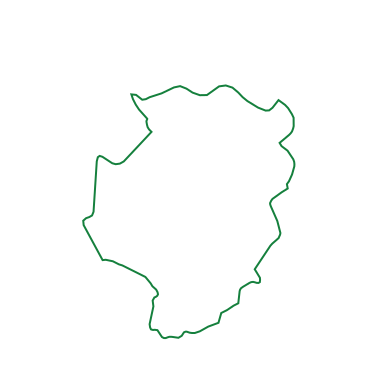 map outline of Nord-Ouest (Albers equal-area conic projection), rotated 314°
{"feature_id": "CMR-1477", "entity_name": "Nord-Ouest", "entity_type": "Province", "adm_level": 1, "iso_a3": "CMR", "parent_name": "Cameroon", "parent_adm1": "", "projection": "albers", "projection_center": [10.325, 6.427], "detail": "fine", "context": "isolated", "style": "outline", "palette": "green", "viewbox_px": 384, "rotation_deg": 314, "n_neighbors": 0, "source": "natural_earth", "source_scale": "10m", "svg_char_len": 1806}
<svg xmlns="http://www.w3.org/2000/svg" viewBox="0 0 384 384"><g transform="rotate(314 192 192)"><path d="M80.9,175.0L92.9,137.1L95.8,133.7L99.6,134.0L102.6,135.5L105.7,136.4L109.4,134.9L147.9,102.2L151.6,100.1L153.8,100.5L155.1,103.1L157.3,114.7L159.0,117.8L162.3,120.4L166.6,121.7L207.1,121.1L207.2,117.6L207.8,115.1L209.1,112.9L211.0,110.3L212.0,109.6L212.9,109.4L213.6,108.9L214.5,96.7L215.8,90.8L217.8,85.0L220.1,80.6L223.0,84.3L223.8,92.1L226.7,94.3L230.8,95.7L241.8,101.6L254.7,106.4L259.9,109.9L262.5,116.2L263.9,123.4L267.1,130.4L272.1,135.4L286.8,138.1L292.1,142.3L295.2,148.6L295.7,156.2L295.4,162.5L295.9,168.7L298.6,180.9L301.7,188.4L304.3,190.8L308.5,191.4L318.2,190.4L319.3,198.5L319.1,202.9L317.4,209.8L316.0,213.5L310.0,219.4L308.0,220.6L305.0,221.9L302.8,222.2L300.8,222.2L288.2,220.9L287.2,224.6L288.1,232.0L285.9,242.1L284.7,244.5L283.2,246.3L281.5,247.8L274.1,251.8L267.1,254.3L263.6,254.8L261.0,258.4L254.1,256.7L243.0,254.7L240.8,255.0L238.2,255.9L237.3,257.0L236.5,258.6L230.4,273.5L223.9,284.1L222.5,285.0L219.0,286.3L210.6,285.6L207.8,285.7L180.0,290.8L177.5,300.4L176.1,302.0L174.3,303.4L172.8,303.0L171.6,301.7L170.8,300.1L169.8,298.4L168.3,297.2L166.6,296.5L159.1,294.5L156.7,294.1L155.0,294.5L153.7,295.2L144.1,302.6L139.2,300.9L131.3,299.2L125.3,297.1L116.3,301.9L106.5,297.2L97.2,294.4L92.6,292.0L90.6,290.0L89.2,288.1L87.9,285.3L87.1,284.4L85.5,283.7L81.4,284.5L77.7,283.5L73.8,278.1L72.1,276.3L70.5,275.4L68.7,274.6L67.4,273.2L66.8,271.1L68.6,263.1L67.0,260.9L65.9,260.0L65.7,259.7L65.4,259.4L65.2,259.0L64.7,257.9L65.5,255.9L67.5,253.3L82.9,243.7L86.6,239.1L90.0,238.2L91.4,238.8L93.2,239.1L94.8,238.6L96.0,236.8L96.9,234.0L96.7,229.0L97.6,225.6L98.5,217.5L90.8,192.9L89.2,189.7L87.2,183.2L83.3,177.0L80.9,175.0Z" fill="none" stroke="#15803d" stroke-width="2"/></g></svg>